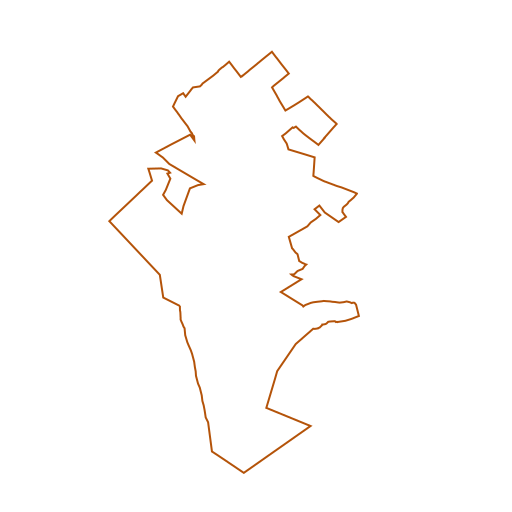 outline of San Lorenzo Cacaotepec, Oaxaca, Mexico, rotated 330°
{"feature_id": "50627088B1759154340941", "entity_name": "San Lorenzo Cacaotepec", "entity_type": "district", "adm_level": 2, "iso_a3": "MEX", "parent_name": "Mexico", "parent_adm1": "Oaxaca", "projection": "robinson", "projection_center": [-96.793, 17.126], "detail": "fine", "context": "isolated", "style": "outline", "palette": "amber", "viewbox_px": 512, "rotation_deg": 330, "n_neighbors": 0, "source": "geoboundaries", "source_scale": "gbopen_adm2", "svg_char_len": 4906}
<svg xmlns="http://www.w3.org/2000/svg" viewBox="0 0 512 512"><g transform="rotate(330 256 256)"><path d="M120.1,403.3L123.2,409.4L137.0,437.7L218.2,430.5L212.6,423.2L210.1,420.0L189.0,392.7L211.0,371.9L216.8,366.3L246.4,352.1L269.2,347.6L270.4,348.5L273.5,349.7L273.8,349.5L275.3,349.8L278.8,348.9L279.1,348.5L280.1,349.0L282.2,349.7L282.3,349.7L283.4,349.7L285.6,349.1L287.0,349.6L288.5,350.3L291.7,351.9L292.2,353.2L293.2,353.5L293.5,354.0L294.0,354.1L294.3,354.2L301.0,356.8L305.8,357.9L307.3,358.2L308.9,358.5L309.2,358.5L312.5,359.0L315.1,359.4L318.3,348.2L317.9,345.8L316.7,344.9L315.4,344.7L314.2,343.0L311.8,340.7L308.8,339.8L305.1,338.2L303.4,336.9L301.4,335.3L299.3,333.9L297.5,332.4L294.2,330.2L292.2,328.8L290.3,328.1L286.0,326.2L282.4,324.7L280.0,324.0L277.2,323.6L274.2,323.1L271.7,323.4L271.6,322.1L259.5,299.6L279.3,299.0L283.8,298.9L278.4,292.1L278.1,291.3L277.8,290.8L277.7,290.5L277.6,290.3L277.4,289.7L277.6,289.8L278.8,290.5L279.5,290.8L279.9,290.8L280.4,290.8L281.7,290.5L282.7,290.2L284.4,289.8L285.7,289.9L286.4,290.0L288.7,290.3L289.8,290.5L290.3,290.3L291.1,289.9L293.3,288.9L294.4,288.7L295.2,288.5L294.7,288.0L293.8,286.6L292.5,284.9L291.4,282.8L290.9,282.0L292.8,275.4L292.8,274.9L292.2,273.4L292.0,272.9L291.7,270.7L291.5,269.0L291.5,268.8L291.1,267.4L294.0,255.8L313.7,256.0L315.3,256.0L320.2,254.3L326.4,253.8L332.2,252.7L330.1,244.8L336.1,244.0L337.3,252.7L344.5,267.9L353.5,267.1L353.1,263.9L352.9,261.6L352.8,261.2L354.0,259.2L355.2,257.9L356.6,257.3L360.0,256.8L361.1,256.5L362.0,256.2L363.3,255.4L365.9,255.0L369.9,254.2L370.7,253.9L374.5,252.5L374.6,252.4L372.7,249.7L364.3,239.3L361.1,235.9L359.6,234.1L359.4,233.8L359.1,233.4L358.3,232.5L357.1,231.0L355.9,229.6L353.4,226.5L352.8,225.9L351.5,224.1L349.9,221.7L348.3,219.4L346.4,216.5L345.7,215.3L346.3,214.4L347.7,212.4L350.2,208.7L356.1,199.9L348.1,191.3L337.4,179.9L338.4,175.8L338.8,173.9L338.5,168.8L338.6,165.2L342.9,164.7L352.0,162.9L352.5,163.8L353.0,163.9L353.8,163.9L355.3,163.9L356.5,168.1L357.1,169.9L357.2,170.1L358.1,173.0L358.2,173.3L359.2,175.9L359.9,177.6L360.5,179.0L360.8,179.8L361.5,181.4L362.1,182.8L362.7,184.2L363.3,185.5L364.1,187.4L364.4,188.1L365.2,190.0L365.4,190.4L365.6,191.0L372.2,188.8L374.3,188.1L374.2,187.9L376.6,187.1L379.0,186.3L381.3,185.5L387.7,183.3L388.8,183.0L390.2,182.5L391.9,182.0L391.9,181.8L391.0,179.1L390.4,177.3L390.3,177.1L389.5,174.6L389.2,173.4L389.1,173.0L388.6,171.6L388.2,169.9L388.0,169.4L386.5,163.7L386.1,162.4L386.0,162.0L385.6,160.5L385.3,159.4L385.1,158.6L384.5,156.6L383.4,152.5L383.0,151.3L382.5,149.4L382.3,148.9L381.7,147.2L381.1,144.7L380.9,144.0L380.8,143.8L377.6,144.0L369.8,144.4L363.7,144.6L362.8,144.6L357.5,144.7L354.2,144.7L354.1,139.1L354.0,134.7L354.0,133.0L354.1,130.9L354.1,129.0L354.2,127.4L354.2,126.3L354.2,124.0L354.2,122.0L354.2,120.2L354.2,118.0L356.3,117.5L362.8,116.5L369.3,115.5L369.5,115.4L373.1,114.8L375.6,114.4L375.1,110.6L374.5,106.5L373.9,102.5L373.4,98.5L372.9,94.6L372.8,94.4L372.3,90.5L371.9,87.1L365.6,88.1L365.4,88.1L361.7,88.7L359.2,89.1L354.6,89.9L354.2,89.9L352.4,90.3L351.0,90.5L349.2,90.8L343.8,91.6L340.9,92.2L339.5,92.4L337.0,92.8L334.0,93.3L334.0,93.1L332.4,93.3L332.2,91.8L331.5,86.3L330.9,82.3L330.5,78.8L329.9,74.3L327.9,74.7L326.3,75.0L324.8,75.3L324.1,75.4L321.7,75.8L321.3,75.7L320.3,75.8L318.2,76.2L317.9,76.2L316.4,76.6L315.9,76.8L315.7,76.9L315.4,77.3L309.1,78.4L295.9,79.9L294.7,80.5L292.3,81.1L285.7,78.5L283.5,79.3L283.1,79.4L282.9,79.5L282.6,79.7L274.7,82.9L274.3,78.6L268.4,78.6L261.4,83.3L260.7,83.8L258.8,85.1L259.3,89.6L259.7,92.5L259.7,93.6L259.9,94.7L260.1,97.2L260.3,99.9L260.5,101.0L261.0,105.0L261.6,109.4L261.5,114.7L261.4,115.3L261.6,115.7L261.7,116.7L261.8,117.2L261.9,117.7L261.8,118.3L261.7,118.8L261.6,119.4L261.8,119.9L261.8,120.4L261.8,120.9L262.2,121.3L262.1,121.5L262.0,121.8L260.7,124.5L260.4,125.2L259.6,118.0L246.7,117.4L238.6,117.0L221.0,116.4L222.2,118.9L223.9,122.7L224.2,123.3L224.6,124.2L226.9,132.9L231.4,140.9L236.0,149.0L242.8,161.0L246.6,167.6L245.0,167.0L241.2,165.6L232.6,164.4L218.2,176.5L212.8,182.2L206.8,163.1L206.1,156.6L210.9,153.7L220.5,146.2L220.5,140.3L223.2,140.9L222.5,137.8L217.6,132.7L206.4,126.6L205.5,130.7L203.6,138.8L201.3,139.3L195.9,140.6L195.5,140.7L190.5,141.9L187.8,142.5L182.6,143.8L154.4,150.5L148.7,151.9L146.4,152.5L163.3,224.2L162.4,226.5L154.9,245.6L165.1,261.2L165.3,261.0L165.1,261.2L164.0,263.2L163.0,265.0L162.7,265.9L162.7,266.0L162.6,266.3L162.0,267.6L161.9,267.8L161.0,269.5L160.5,270.5L160.3,270.8L159.9,271.7L159.6,272.2L159.0,273.2L158.8,274.0L158.6,275.6L158.4,277.8L158.2,279.3L158.0,280.3L157.9,281.6L157.9,281.8L158.0,282.2L158.0,282.9L155.1,289.2L153.4,296.3L153.0,299.4L152.4,305.1L151.7,308.8L149.6,316.6L147.5,321.7L146.1,325.7L144.1,329.8L142.0,337.5L141.5,341.9L139.3,349.6L137.1,354.7L136.0,359.2L134.4,363.8L133.4,366.4L131.7,370.7L131.4,376.0L120.1,403.3Z" fill="none" stroke="#b45309" stroke-width="2"/></g></svg>